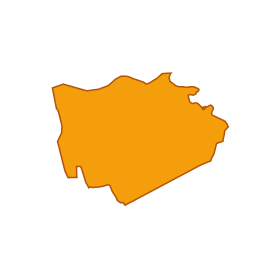 outline of Bocage, Castries, Saint Lucia, rotated 315°
{"feature_id": "8701671B35941232442157", "entity_name": "Bocage", "entity_type": "district", "adm_level": 2, "iso_a3": "LCA", "parent_name": "Saint Lucia", "parent_adm1": "Castries", "projection": "orthographic", "projection_center": [-60.966, 14.003], "detail": "fine", "context": "isolated", "style": "filled", "palette": "amber", "viewbox_px": 256, "rotation_deg": 315, "n_neighbors": 0, "source": "geoboundaries", "source_scale": "gbopen_adm2", "svg_char_len": 2875}
<svg xmlns="http://www.w3.org/2000/svg" viewBox="0 0 256 256"><g transform="rotate(315 128 128)"><path d="M197.1,119.5L195.7,118.2L195.0,117.5L190.6,113.7L188.8,113.6L183.3,113.4L182.5,113.1L180.5,112.5L176.3,111.7L174.7,111.3L172.0,109.8L171.9,109.2L171.5,106.8L168.2,100.0L167.6,98.8L166.9,97.7L165.9,95.0L164.8,92.3L163.5,90.3L160.7,87.4L159.8,86.5L157.5,85.8L153.2,84.6L149.1,84.4L143.9,84.0L137.7,81.2L133.9,79.5L133.9,79.2L125.7,73.0L125.1,72.5L116.8,57.6L116.0,56.3L113.3,51.3L102.9,46.2L91.0,63.9L91.3,64.7L89.8,68.3L82.8,79.8L77.5,84.6L68.6,87.7L66.1,92.0L53.0,113.9L52.9,114.2L50.5,120.6L56.8,126.8L61.4,121.9L64.3,118.8L66.0,120.4L67.3,121.7L65.6,125.5L63.9,128.7L62.3,131.8L59.8,136.4L59.7,136.9L58.1,142.4L58.0,142.6L58.3,142.7L59.8,143.1L60.8,145.0L64.1,147.8L65.7,149.1L68.6,151.2L73.3,153.8L74.1,154.3L74.4,156.3L72.1,161.5L70.3,169.3L69.9,170.0L69.3,171.1L69.5,173.0L69.8,175.5L70.3,175.9L71.8,177.3L71.3,180.4L71.3,180.5L152.0,205.2L153.3,205.6L163.5,209.8L165.0,208.7L170.9,206.9L179.7,201.5L185.6,204.5L193.0,199.6L194.1,198.4L197.1,198.2L199.8,198.1L199.8,197.9L199.8,197.3L200.8,195.3L201.0,194.6L201.0,193.5L201.1,193.2L201.4,191.9L197.9,181.8L197.8,181.5L197.5,180.7L197.1,179.6L196.6,178.7L196.8,177.6L197.6,176.6L199.1,175.7L200.0,175.4L200.5,175.3L201.2,175.2L202.2,174.4L202.5,174.1L202.6,173.8L203.0,172.9L203.0,171.3L202.8,170.9L202.7,170.4L201.7,169.7L200.4,169.5L200.2,169.4L199.5,169.2L198.8,168.9L198.0,168.5L198.0,167.9L198.1,167.7L197.9,167.5L197.5,167.5L196.2,168.5L195.3,168.8L194.4,168.1L194.3,167.7L194.3,167.3L195.1,167.0L196.3,166.7L196.2,166.5L195.9,166.3L194.6,165.9L194.6,165.6L194.7,165.1L194.8,164.6L194.8,164.3L194.8,163.9L194.8,163.7L194.7,163.1L194.8,162.2L194.7,162.0L194.7,161.8L194.7,161.4L194.7,161.1L194.7,160.4L194.6,160.2L194.5,159.7L194.3,159.2L194.2,159.0L194.0,158.6L193.7,158.2L193.5,157.9L193.2,157.7L192.9,157.5L192.6,157.3L192.3,157.2L192.0,157.1L191.8,157.0L191.5,156.8L191.3,156.6L191.2,156.5L190.7,155.8L190.4,155.1L190.4,154.9L190.3,154.6L190.2,153.8L190.2,153.3L190.4,152.7L190.5,152.5L190.6,152.3L191.1,151.5L191.2,151.3L191.3,150.9L191.7,150.5L191.9,150.0L192.4,149.3L192.5,149.0L192.7,148.8L193.1,148.2L193.4,147.9L193.6,147.7L193.9,147.6L194.2,147.6L194.7,147.8L195.2,148.1L195.5,148.3L195.8,148.5L196.2,149.1L196.4,149.6L196.5,149.8L196.8,150.2L197.1,150.4L197.5,150.8L197.7,151.0L198.3,151.3L198.9,151.6L199.3,151.8L199.5,151.8L199.9,151.8L200.3,151.7L200.8,151.4L201.3,151.1L201.5,151.0L201.8,151.0L202.2,151.2L202.7,151.6L203.1,151.6L204.4,151.6L204.7,151.5L204.8,151.4L205.0,151.3L205.5,150.6L205.2,149.5L204.8,147.9L203.5,145.2L202.4,144.0L200.6,142.4L198.4,140.9L196.0,137.7L193.2,134.8L192.8,134.0L191.7,132.1L191.4,129.7L190.8,125.5L190.6,124.5L191.5,123.4L192.6,121.4L192.8,121.3L193.1,121.1L195.3,120.1L196.8,119.5L197.1,119.5Z" fill="#f59e0b" stroke="#b45309" stroke-width="1.5"/></g></svg>